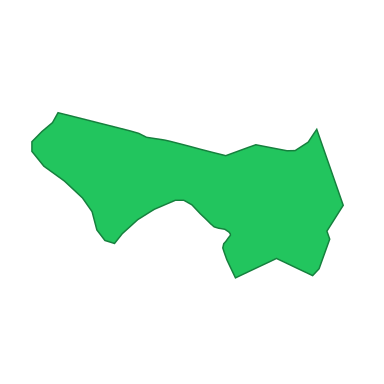 the district of Damso, Southern Darfur, Sudan, rotated 72°
{"feature_id": "16777658B98541328968966", "entity_name": "Damso", "entity_type": "district", "adm_level": 2, "iso_a3": "SDN", "parent_name": "Sudan", "parent_adm1": "Southern Darfur", "projection": "robinson", "projection_center": [24.528, 10.758], "detail": "fine", "context": "isolated", "style": "filled", "palette": "green", "viewbox_px": 384, "rotation_deg": 72, "n_neighbors": 0, "source": "geoboundaries", "source_scale": "gbopen_adm2", "svg_char_len": 948}
<svg xmlns="http://www.w3.org/2000/svg" viewBox="0 0 384 384"><g transform="rotate(72 192 192)"><path d="M285.3,163.3L281.3,132.2L298.9,113.6L308.8,103.1L304.3,94.9L279.4,75.6L270.9,75.8L251.4,52.3L171.0,54.0L174.0,57.9L180.5,66.1L184.5,81.1L182.2,88.8L175.2,101.5L166.8,116.7L167.0,124.9L167.9,148.7L166.6,150.7L160.5,160.5L156.8,166.3L153.9,170.9L151.2,175.0L148.2,179.6L143.2,187.4L136.8,197.5L134.2,201.9L125.9,218.4L119.8,224.5L114.8,231.9L99.8,255.7L75.2,294.9L82.9,303.2L88.1,316.0L94.7,328.7L103.9,331.7L121.7,324.9L142.1,310.0L163.8,298.0L179.8,293.1L198.7,294.2L211.2,289.8L217.0,281.6L210.1,271.2L201.5,252.1L196.8,233.3L194.7,210.4L197.3,202.4L204.1,196.1L215.5,190.7L222.9,186.7L228.2,184.0L232.0,181.7L234.6,178.0L237.6,172.3L241.4,169.3L243.5,168.5L245.0,168.8L246.8,171.5L249.4,175.0L251.0,177.8L254.7,180.0L259.6,180.0L267.1,179.8L275.0,178.8L287.1,177.2L285.3,163.3Z" fill="#22c55e" stroke="#15803d" stroke-width="1.5"/></g></svg>